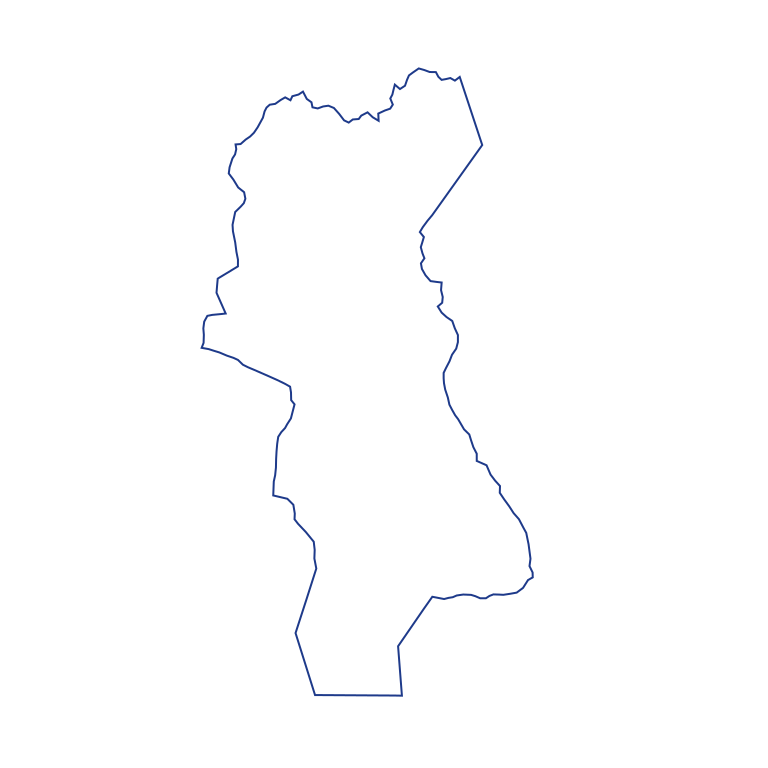 the district of Missão Velha, Ceará, Brazil, rotated 343°
{"feature_id": "56859067B60550898814299", "entity_name": "Missão Velha", "entity_type": "district", "adm_level": 2, "iso_a3": "BRA", "parent_name": "Brazil", "parent_adm1": "Ceará", "projection": "natural_earth1", "projection_center": [-39.144, -7.317], "detail": "fine", "context": "isolated", "style": "outline", "palette": "blue", "viewbox_px": 768, "rotation_deg": 343, "n_neighbors": 0, "source": "geoboundaries", "source_scale": "gbopen_adm2", "svg_char_len": 2702}
<svg xmlns="http://www.w3.org/2000/svg" viewBox="0 0 768 768"><g transform="rotate(343 384 384)"><path d="M468.8,303.8L464.0,301.7L458.6,299.2L455.5,292.2L453.9,285.1L454.6,279.4L459.4,275.6L459.0,270.4L459.2,263.9L461.8,260.1L465.1,255.1L462.7,249.2L466.9,245.4L473.5,240.5L479.5,236.6L547.8,184.2L546.2,112.5L540.5,114.6L536.9,110.8L532.3,110.5L528.0,110.0L525.8,106.1L524.8,100.9L518.9,99.0L514.3,95.5L509.5,92.4L502.9,94.5L498.1,96.2L495.0,99.8L491.3,104.9L485.5,106.6L481.9,100.9L479.0,105.6L476.6,109.7L473.5,112.8L474.1,119.4L470.4,122.5L464.9,122.7L457.6,123.7L455.8,130.7L451.2,125.6L447.7,119.4L440.7,120.7L437.3,123.2L431.5,121.9L426.7,123.7L422.9,120.2L420.1,112.6L416.8,105.4L412.2,101.6L406.9,100.8L401.2,101.1L396.5,98.5L397.0,93.4L393.5,88.8L392.0,80.7L386.9,82.2L380.5,82.0L377.5,85.3L373.3,81.0L368.2,82.2L361.9,84.3L356.4,83.5L352.5,85.3L349.5,88.4L346.1,93.9L338.2,101.6L333.1,105.7L328.3,108.2L323.2,109.8L317.0,112.6L312.1,111.5L311.4,116.2L308.7,120.9L305.0,124.0L299.7,131.6L297.1,137.3L299.7,144.4L302.0,153.4L306.3,159.7L305.6,166.3L302.8,170.1L298.8,172.5L292.0,176.0L285.7,187.5L284.2,193.8L283.1,205.1L281.5,214.5L280.7,222.4L278.7,228.8L255.8,234.6L253.6,240.0L250.5,247.8L253.2,270.3L248.8,269.5L244.4,268.6L240.0,267.7L235.0,267.2L230.3,271.8L227.5,278.0L226.1,284.3L223.5,291.9L220.2,296.1L226.6,299.4L230.9,302.4L235.8,305.7L242.0,310.9L247.7,315.0L251.4,318.3L254.7,324.3L258.8,328.2L264.3,332.8L276.2,343.0L283.2,349.1L289.2,354.7L293.4,359.1L292.6,364.9L290.5,372.3L292.5,377.3L284.9,389.7L279.7,394.1L276.5,397.2L271.7,400.0L267.4,403.6L264.4,409.9L261.5,417.1L258.9,424.2L256.2,432.4L253.2,439.5L250.1,445.0L245.5,458.2L258.0,465.5L262.0,473.0L260.8,481.8L258.9,487.2L260.9,492.5L266.0,502.8L270.7,514.3L269.2,522.4L266.4,530.5L265.3,540.7L246.6,567.7L226.6,596.3L227.1,661.3L303.0,685.0L310.0,687.3L320.8,638.9L356.4,610.6L368.0,601.6L378.6,607.2L383.2,607.4L387.4,608.0L391.7,607.5L398.2,608.5L405.6,611.1L409.3,613.6L413.3,617.0L418.8,618.7L422.9,617.5L427.1,617.2L432.4,619.0L436.5,620.5L443.3,621.5L449.9,622.3L457.4,619.6L464.4,613.6L469.7,612.4L471.0,607.7L469.9,600.7L473.0,593.9L475.4,579.5L476.0,573.1L476.5,568.0L475.4,562.7L473.5,552.7L470.2,545.4L468.0,537.6L465.2,529.5L462.9,521.9L465.1,515.5L462.0,508.9L459.4,501.8L458.3,491.7L450.2,484.7L452.3,477.8L451.0,470.6L450.8,463.0L450.8,457.2L447.3,450.8L444.6,439.3L442.9,434.7L441.6,428.8L440.5,422.9L441.1,415.6L440.9,407.2L441.6,400.8L442.7,396.0L444.3,390.8L448.0,386.8L453.3,381.4L457.6,375.9L463.4,371.3L466.9,365.6L469.0,358.8L468.0,351.3L467.7,343.7L463.4,338.3L460.0,332.6L458.1,325.6L463.4,323.3L465.6,318.0L466.0,310.9L468.8,303.8Z" fill="none" stroke="#1e3a8a" stroke-width="2"/></g></svg>